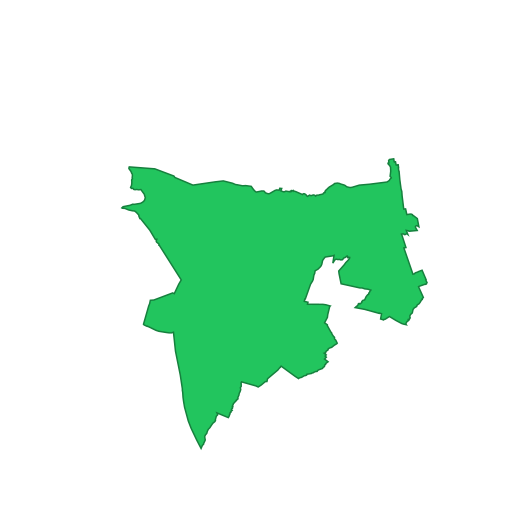 the district of Acajete, Puebla, Mexico, rotated 229°
{"feature_id": "50627088B33584621576624", "entity_name": "Acajete", "entity_type": "district", "adm_level": 2, "iso_a3": "MEX", "parent_name": "Mexico", "parent_adm1": "Puebla", "projection": "orthographic", "projection_center": [-97.961, 19.1], "detail": "fine", "context": "isolated", "style": "filled", "palette": "green", "viewbox_px": 512, "rotation_deg": 229, "n_neighbors": 0, "source": "geoboundaries", "source_scale": "gbopen_adm2", "svg_char_len": 6160}
<svg xmlns="http://www.w3.org/2000/svg" viewBox="0 0 512 512"><g transform="rotate(229 256 256)"><path d="M231.6,423.2L231.9,422.9L231.7,422.3L232.8,421.5L235.6,423.1L236.1,422.1L236.4,422.1L239.0,423.7L241.3,420.0L241.2,419.5L241.0,418.7L239.1,417.4L239.5,416.7L239.1,416.2L238.4,416.1L237.2,416.2L236.0,416.1L234.8,415.8L231.6,413.3L228.2,409.5L226.4,409.5L226.2,409.4L226.0,407.3L225.6,406.3L225.6,405.5L225.9,403.4L235.6,388.9L241.7,380.5L244.8,373.6L245.8,372.1L246.7,371.3L248.7,369.9L250.8,369.5L251.9,369.0L255.0,367.0L256.0,366.6L257.6,365.3L258.7,363.6L259.2,362.8L259.1,361.4L260.0,356.3L259.9,355.2L260.0,354.4L259.8,353.6L259.9,352.3L259.6,351.2L259.6,350.5L258.6,349.7L259.2,348.6L258.9,347.0L260.5,344.2L260.9,343.1L262.0,341.9L262.1,340.2L263.3,340.2L264.5,339.3L265.4,337.1L266.8,336.4L267.2,334.0L268.1,333.8L269.1,333.9L270.1,333.8L271.3,333.3L271.7,332.9L272.0,332.1L271.9,331.4L278.4,328.3L280.1,327.3L280.1,327.0L281.1,327.1L281.2,326.2L282.3,325.6L282.3,325.3L281.5,324.9L282.0,324.0L282.3,324.3L282.8,323.4L283.3,322.8L285.4,321.1L285.7,319.9L286.3,318.9L288.9,317.5L290.1,319.7L291.5,318.4L290.5,316.6L292.3,315.0L293.0,313.4L294.2,307.2L294.7,306.3L296.2,305.2L296.6,305.1L297.5,304.5L299.2,304.7L299.9,304.5L301.3,303.0L304.1,298.1L306.1,297.7L308.7,297.8L311.7,298.1L315.9,294.4L317.8,291.9L321.9,288.7L323.4,287.4L326.2,286.1L334.1,280.6L338.7,273.9L350.9,254.9L368.5,246.3L370.2,246.5L388.2,236.8L406.4,218.8L405.7,217.7L405.2,217.4L401.7,217.1L400.2,216.5L399.1,216.4L397.8,215.5L396.1,213.7L395.3,213.4L395.2,212.5L394.9,212.0L393.5,211.0L391.9,209.5L390.9,208.3L390.0,206.3L388.7,206.3L387.8,207.5L386.5,207.4L385.4,208.2L384.5,209.6L382.9,210.9L381.7,212.7L375.9,212.2L374.5,211.5L372.6,210.7L371.1,208.2L371.0,205.8L371.5,203.4L374.8,198.1L376.0,196.9L376.9,194.2L380.4,188.1L380.3,186.3L379.7,186.5L377.9,188.3L374.3,190.1L371.3,192.3L369.6,193.9L367.4,194.3L364.3,194.4L363.8,194.4L362.8,193.7L360.4,192.9L360.0,193.4L345.2,192.8L334.6,190.9L333.7,192.1L332.8,190.5L331.8,190.1L328.7,190.6L327.9,189.9L327.8,190.1L287.0,183.9L285.4,179.2L281.2,169.6L282.8,168.9L289.8,150.0L291.9,147.2L289.9,144.6L288.6,142.1L278.3,126.3L277.5,126.3L275.6,127.1L274.3,127.7L274.3,128.0L265.4,131.8L262.9,133.3L256.8,138.4L254.9,140.1L253.4,141.8L252.6,143.7L237.0,132.8L215.9,120.8L204.1,113.3L203.0,112.3L201.0,111.1L197.2,108.2L194.0,106.1L188.8,102.9L176.0,96.7L168.5,94.0L156.3,90.6L146.8,88.3L148.2,91.2L148.4,93.1L149.0,93.7L150.1,96.4L150.6,97.1L152.5,98.2L153.6,99.1L154.2,100.7L154.4,102.4L155.6,104.2L156.5,106.3L156.7,108.5L157.8,112.4L158.1,114.0L158.0,116.5L158.4,117.0L158.6,117.7L159.1,117.9L161.1,120.9L161.3,122.8L161.8,123.2L163.2,123.6L152.2,129.1L152.7,130.5L153.3,131.6L153.9,132.2L153.8,132.7L154.7,133.6L154.6,134.8L155.2,135.1L155.1,136.7L156.0,136.6L156.5,137.1L156.5,138.2L156.8,138.8L157.7,139.0L157.6,139.8L158.6,140.3L158.8,141.2L159.4,142.0L159.5,143.5L159.7,144.0L159.6,145.2L159.9,145.6L159.8,146.6L160.2,146.8L160.0,148.7L160.9,149.3L161.3,149.8L162.1,151.7L163.4,153.3L164.0,154.8L165.0,156.5L165.3,156.9L166.9,157.8L167.3,159.3L169.4,161.1L169.8,161.2L170.5,162.5L158.0,170.7L155.7,171.7L155.2,175.3L155.1,180.6L154.1,181.9L155.8,184.2L155.6,197.6L156.2,200.9L156.0,201.2L156.4,202.2L156.4,202.7L139.4,206.6L135.6,207.7L135.7,208.1L135.2,209.5L134.5,210.8L134.0,213.8L133.2,215.1L132.9,216.1L133.4,216.7L130.9,220.9L130.9,221.7L130.3,222.6L130.3,223.3L129.8,225.0L128.8,226.4L129.1,227.6L129.0,228.5L127.5,232.4L127.9,233.7L127.7,234.5L127.7,234.9L128.0,235.7L128.7,236.3L128.6,237.6L129.1,238.2L128.9,241.0L133.3,240.1L133.5,242.7L135.1,242.5L135.3,243.7L135.3,244.1L137.8,243.7L137.5,244.2L137.3,245.0L137.8,245.2L137.7,245.7L138.2,246.9L137.8,248.1L138.1,248.5L138.0,248.9L138.5,249.5L138.4,250.9L137.4,253.2L137.3,256.5L136.8,259.4L136.9,260.1L140.2,261.0L141.7,260.8L142.9,261.5L143.1,261.9L144.8,261.8L146.5,262.0L148.1,262.4L148.5,262.7L149.5,262.6L156.4,264.1L157.1,264.4L157.3,264.7L160.6,263.9L162.8,269.6L164.7,271.7L169.1,277.9L169.6,278.7L169.6,279.2L173.4,276.7L175.7,274.7L185.8,263.2L187.0,264.9L190.1,262.7L191.5,264.6L191.2,265.0L198.9,278.6L200.0,282.2L200.8,283.8L202.9,286.3L203.8,287.5L204.3,288.8L206.0,290.8L205.8,292.3L205.4,294.0L205.6,297.3L205.9,298.8L206.7,300.4L208.9,303.3L209.6,306.0L209.8,307.6L205.9,313.8L205.3,315.3L200.2,309.3L201.3,312.8L201.2,313.8L201.0,314.4L200.8,314.7L199.6,315.4L198.6,316.9L197.8,317.1L196.6,318.5L196.5,319.0L196.9,320.9L196.4,322.3L196.3,324.6L196.1,324.9L195.5,324.8L194.9,324.2L194.4,324.2L194.2,325.1L193.5,325.8L193.2,325.6L192.8,324.9L192.4,323.0L192.1,319.3L191.5,316.9L190.4,308.6L188.2,307.1L179.2,302.0L163.7,313.5L162.2,315.2L159.9,316.5L157.5,318.7L154.9,320.3L154.6,318.7L154.3,318.3L154.0,317.3L154.0,316.7L153.2,315.8L153.5,314.9L153.1,312.5L151.6,309.2L152.4,307.5L152.2,306.7L152.3,306.1L151.6,305.5L151.5,303.3L151.7,302.9L152.0,302.7L152.4,302.8L152.7,302.4L152.7,301.7L152.2,301.0L151.8,299.6L152.1,299.1L152.0,297.0L144.3,303.1L131.9,311.3L132.1,311.6L130.1,312.9L126.7,308.7L124.1,310.3L124.3,310.6L123.5,312.1L122.8,317.0L115.6,319.3L109.4,321.7L107.9,322.6L105.6,324.3L106.5,324.4L107.4,326.8L107.2,328.8L107.7,328.7L108.2,329.1L108.3,329.4L107.6,330.2L107.7,330.5L108.0,330.9L108.1,331.6L108.5,331.6L108.7,332.1L109.3,332.3L110.1,333.1L110.5,335.0L110.5,336.6L112.6,339.4L113.0,341.4L112.5,344.1L113.2,345.2L113.2,346.6L113.0,347.4L113.1,348.3L113.5,349.9L114.2,351.9L114.1,353.0L114.7,353.3L114.9,355.1L126.2,358.5L126.2,359.0L123.6,365.5L123.3,365.5L123.1,366.3L123.9,367.8L124.7,367.8L126.8,368.6L126.7,368.9L136.3,372.0L137.5,368.8L138.0,366.9L138.5,366.0L138.8,364.7L138.6,364.0L139.3,362.5L165.1,372.9L164.0,374.7L175.5,379.6L177.1,380.1L176.0,381.8L175.6,382.0L175.0,381.9L174.4,382.4L174.1,384.0L173.7,384.5L172.6,384.7L176.8,386.2L175.0,387.6L174.3,387.7L169.5,394.4L172.6,395.0L173.7,395.7L173.7,396.7L173.4,397.4L171.2,398.1L178.4,402.3L183.2,401.3L183.8,400.8L184.5,401.2L185.4,400.9L186.4,400.0L188.3,397.0L193.4,399.8L194.5,398.3L205.5,405.7L209.1,408.4L211.5,409.5L219.1,414.5L226.1,419.6L226.4,419.5L229.1,421.2L229.0,421.5L231.6,423.2Z" fill="#22c55e" stroke="#15803d" stroke-width="1.5"/></g></svg>